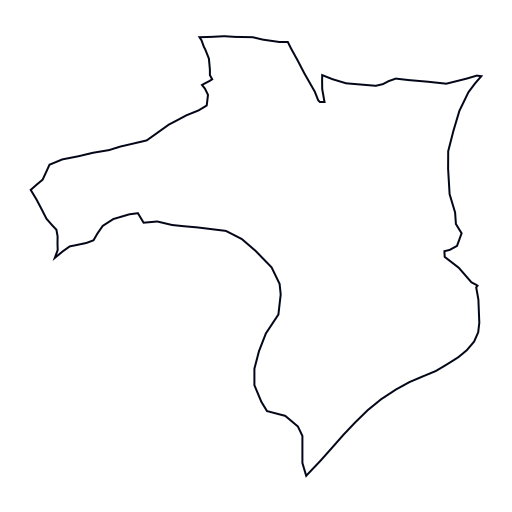 outline of Mongiraud, Gros Islet, Saint Lucia
{"feature_id": "8701671B12183972503150", "entity_name": "Mongiraud", "entity_type": "district", "adm_level": 2, "iso_a3": "LCA", "parent_name": "Saint Lucia", "parent_adm1": "Gros Islet", "projection": "mercator", "projection_center": [-60.958, 14.063], "detail": "fine", "context": "isolated", "style": "outline", "palette": "ink", "viewbox_px": 512, "rotation_deg": 0, "n_neighbors": 0, "source": "geoboundaries", "source_scale": "gbopen_adm2", "svg_char_len": 1754}
<svg xmlns="http://www.w3.org/2000/svg" viewBox="0 0 512 512"><path d="M322.2,75.1L322.1,80.4L322.2,89.0L324.5,102.0L319.9,102.0L318.2,100.3L314.8,91.7L304.2,73.1L298.1,61.3L291.1,48.6L287.8,42.0L279.4,42.0L262.7,39.6L252.7,37.2L235.3,36.9L224.2,36.2L210.9,36.9L199.5,37.2L201.5,40.3L203.9,46.9L205.2,49.3L208.9,58.6L209.9,69.6L209.9,75.1L212.2,79.3L209.5,81.0L203.5,84.1L202.0,85.0L205.0,88.7L208.0,94.9L206.7,105.5L198.6,110.4L186.6,115.2L176.7,120.5L169.0,124.5L146.7,140.4L120.2,146.6L109.0,150.1L92.8,152.8L78.2,156.3L62.3,159.4L49.5,164.7L46.5,171.3L42.6,179.7L36.7,184.6L30.7,189.9L36.5,199.5L41.7,209.4L46.5,218.8L52.3,225.4L56.4,229.7L57.6,236.4L57.5,243.4L57.7,250.0L54.8,257.9L62.7,251.4L69.7,246.4L76.7,245.0L86.6,242.9L93.5,240.3L97.5,233.4L102.7,225.9L113.4,219.0L129.4,214.3L137.9,213.2L143.6,222.7L157.3,221.5L172.1,225.0L183.6,226.2L197.3,227.4L225.9,230.9L241.9,239.1L255.6,250.9L271.6,267.4L279.6,283.9L280.7,294.5L278.4,314.5L265.9,333.4L259.0,351.1L254.4,368.7L254.4,385.2L261.3,401.7L267.0,411.1L285.3,415.9L297.9,426.5L302.4,435.9L302.4,451.2L302.4,463.0L306.2,475.8L307.0,474.9L320.6,460.6L332.6,447.1L343.7,434.5L355.2,422.4L368.0,409.9L381.3,399.1L396.1,389.4L409.6,382.0L422.3,376.6L435.8,371.0L446.9,364.4L458.2,357.3L466.8,350.2L474.1,341.6L478.2,332.3L479.3,322.8L478.8,310.0L478.4,299.8L477.9,296.8L476.2,287.4L477.5,285.7L476.0,284.7L471.4,282.3L458.8,267.8L444.7,256.9L444.4,251.2L449.7,249.9L457.0,245.9L461.6,233.3L455.9,224.0L455.1,212.5L449.6,194.2L448.1,168.8L448.2,151.2L453.4,130.9L459.4,110.8L468.5,92.1L475.3,83.1L481.3,76.2L476.8,75.6L466.7,78.6L446.3,83.7L427.6,81.7L408.9,80.1L395.8,78.6L388.7,81.1L383.0,84.1L375.8,85.8L346.1,83.3L332.5,79.2L322.2,75.1Z" fill="none" stroke="#020617" stroke-width="2"/></svg>